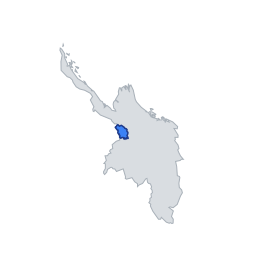 Kayah highlighted on a map of Myanmar, rotated 150°
{"feature_id": "MMR-2473", "entity_name": "Kayah", "entity_type": "State", "adm_level": 1, "iso_a3": "MMR", "parent_name": "Myanmar", "parent_adm1": "", "projection": "robinson", "projection_center": [97.388, 19.239], "detail": "fine", "context": "in_parent", "style": "filled", "palette": "blue", "viewbox_px": 256, "rotation_deg": 150, "n_neighbors": 0, "source": "natural_earth", "source_scale": "10m", "svg_char_len": 5552}
<svg xmlns="http://www.w3.org/2000/svg" viewBox="0 0 256 256"><g transform="rotate(150 128 128)"><path d="M161.8,115.4L159.5,114.2L157.8,115.3L155.3,114.8L155.5,117.2L154.1,118.0L151.5,117.8L150.0,121.5L144.7,122.4L141.2,121.7L139.3,125.0L139.1,128.7L138.2,131.0L138.6,134.8L136.3,135.8L134.9,135.6L135.7,137.4L137.5,138.2L138.5,142.2L138.2,143.7L145.4,153.0L147.6,160.2L149.3,159.2L149.8,160.0L149.1,161.9L146.9,163.4L146.6,171.1L143.0,172.9L143.1,175.5L143.5,177.3L146.7,182.4L150.3,185.9L152.3,189.6L152.7,195.1L152.2,197.4L153.1,200.6L155.0,202.8L157.1,211.4L152.9,219.0L148.6,224.0L148.1,229.3L146.7,231.1L146.0,229.4L145.7,223.9L147.8,220.4L148.4,213.6L149.8,212.1L149.1,211.5L147.4,211.9L148.0,206.4L147.0,206.2L147.8,205.0L146.8,195.9L143.5,189.5L143.1,186.7L142.6,190.4L142.2,189.7L142.1,184.6L140.2,179.1L140.4,178.6L141.3,179.1L140.5,177.9L139.8,178.1L139.2,176.8L138.2,165.3L137.0,163.7L137.5,158.8L138.4,157.5L134.9,158.1L133.3,153.9L133.2,151.6L129.8,148.2L130.4,149.3L129.8,150.4L130.4,152.3L129.0,156.0L127.6,157.6L125.7,158.3L124.2,157.2L123.9,155.3L123.3,155.3L124.6,158.9L119.1,162.0L118.3,164.2L115.4,167.1L114.6,166.7L115.0,162.9L113.3,165.9L111.0,166.0L110.6,161.9L109.6,164.3L108.3,165.0L108.7,158.2L108.3,160.2L106.1,162.9L104.0,163.8L104.5,158.1L107.4,149.2L107.6,146.3L106.1,139.2L103.6,133.2L104.3,133.1L102.6,131.4L102.4,126.9L101.4,128.5L101.2,131.3L99.1,129.9L97.0,126.0L97.8,125.7L100.2,127.5L101.6,126.5L101.9,125.2L98.2,121.4L99.1,119.9L97.9,119.9L94.7,118.1L93.8,118.5L94.2,120.1L93.5,120.5L92.2,118.1L93.2,116.9L92.4,116.8L92.9,114.7L92.6,114.4L91.1,117.2L90.2,116.5L91.2,115.1L90.8,114.3L89.4,112.6L89.5,115.6L86.2,110.9L84.3,104.4L85.8,102.7L88.4,104.6L88.2,96.7L89.4,94.9L92.0,96.4L92.8,94.3L93.9,93.8L93.2,88.3L94.1,84.8L95.9,84.2L96.3,81.3L96.5,77.5L95.7,73.2L97.3,74.2L99.2,73.8L103.5,75.3L105.1,70.3L109.1,62.1L107.7,60.2L107.9,59.1L111.5,54.8L113.3,50.9L112.5,47.5L113.3,44.7L116.5,42.9L123.6,37.2L128.8,36.4L130.9,38.6L132.3,38.8L130.2,33.5L134.6,29.6L134.4,26.4L136.5,23.1L137.7,23.3L138.7,24.9L139.9,24.9L141.9,27.3L143.8,34.0L145.3,32.7L147.2,33.7L148.1,43.5L147.6,49.3L146.4,50.6L147.3,52.9L145.5,53.8L144.2,56.1L142.4,56.2L141.1,59.4L139.2,59.8L138.2,62.3L138.5,64.1L137.0,65.2L136.5,68.4L137.8,69.6L138.2,71.3L136.8,74.9L138.0,75.1L143.1,72.7L146.7,73.1L149.1,72.5L147.6,75.0L149.1,78.1L149.4,83.0L154.8,84.4L155.6,85.6L154.5,87.1L152.6,95.0L159.7,96.1L159.9,99.1L161.4,100.2L161.6,101.9L162.6,102.5L166.4,102.4L168.6,100.3L171.5,99.4L171.7,101.1L171.0,102.4L167.9,104.2L165.8,107.8L165.6,108.6L166.6,109.3L163.0,110.7L161.8,115.4ZM99.2,123.9L101.4,125.4L101.0,126.4L99.6,126.5L98.5,124.6L99.2,123.9ZM144.2,201.3L145.6,203.6L144.2,205.2L144.2,201.3ZM98.9,133.7L97.7,132.9L96.9,131.7L99.4,131.7L98.9,133.7ZM146.3,211.2L146.3,214.2L145.4,213.8L144.8,211.3L146.3,211.2ZM107.3,163.7L105.8,165.7L105.6,164.0L107.7,161.6L107.3,163.7ZM136.9,161.1L136.0,160.5L135.9,158.8L136.6,158.3L137.1,159.1L136.9,161.1ZM143.3,214.8L143.1,213.8L144.1,211.4L143.9,213.5L143.3,214.8ZM142.8,220.4L144.0,222.7L143.8,223.2L142.7,221.4L141.9,221.5L142.8,220.4ZM147.1,209.5L145.8,210.1L145.7,208.0L147.1,209.5ZM144.0,230.9L142.3,232.9L142.5,231.8L144.0,230.9ZM91.8,118.4L92.4,120.9L91.4,118.0L91.8,118.4ZM144.2,196.6L144.2,198.4L143.7,195.4L144.2,196.6ZM97.0,120.1L97.2,121.7L96.2,119.5L97.0,120.1ZM142.5,207.3L141.5,206.4L141.8,205.7L142.3,205.8L142.5,207.3ZM141.8,204.6L141.1,205.8L140.5,205.1L141.0,204.5L141.8,204.6ZM141.9,212.0L141.9,213.1L141.2,210.5L141.9,212.0ZM109.7,166.0L109.0,165.9L109.9,164.7L110.0,165.2L109.7,166.0ZM146.5,220.7L145.8,220.5L146.3,219.2L146.5,220.7Z" fill="#d9dde1" stroke="#a8b0b8" stroke-width="1"/><path d="M139.8,123.8L139.6,123.8L139.5,124.1L139.5,124.4L139.5,124.5L139.5,124.8L139.4,124.9L139.1,125.2L138.8,125.7L138.8,125.8L138.9,126.0L138.9,126.4L139.1,126.6L139.2,126.8L139.1,127.0L138.9,127.0L138.7,127.2L138.8,127.3L139.1,127.5L139.2,127.8L139.2,128.0L139.2,128.9L139.1,129.1L139.0,129.3L138.4,129.8L138.3,130.0L138.2,130.4L138.2,130.6L137.8,130.9L137.7,131.0L138.0,131.4L138.2,131.6L138.3,131.7L138.3,131.8L138.3,132.1L138.4,132.7L138.5,132.9L138.5,133.1L138.5,133.5L138.6,134.0L138.7,134.4L138.6,134.9L138.6,135.0L138.0,135.2L137.5,135.1L137.3,135.2L136.6,135.7L136.3,135.9L135.8,135.9L135.6,135.9L135.3,135.9L135.3,135.7L135.1,135.3L134.9,135.3L134.8,134.9L134.7,134.4L134.5,134.2L134.5,133.9L134.4,133.8L134.2,133.8L133.4,133.8L133.0,133.7L132.7,133.7L132.4,133.6L131.8,132.4L131.8,132.1L131.6,131.8L131.5,131.7L131.4,131.6L131.4,131.4L131.4,131.2L131.2,131.0L131.1,130.8L131.0,130.7L130.9,130.3L130.9,130.1L130.9,129.8L130.8,129.6L130.9,129.4L130.7,129.2L130.6,128.9L130.4,128.6L130.2,128.5L130.2,128.4L129.9,128.2L129.9,127.9L129.8,127.7L129.7,127.4L129.7,126.9L130.0,126.7L130.3,126.2L130.6,125.6L130.6,125.3L130.5,125.1L130.3,124.8L130.3,124.7L130.3,124.4L130.4,124.0L130.7,123.6L131.0,123.2L131.5,122.7L132.6,122.0L132.7,121.6L132.7,120.4L132.8,120.3L132.9,119.6L132.9,119.3L132.9,119.1L133.1,119.0L133.4,119.2L133.5,119.2L133.5,119.3L133.6,119.5L133.6,119.8L133.6,120.0L133.8,120.1L134.0,120.2L134.4,120.1L134.5,120.1L134.7,119.9L134.7,119.7L134.9,119.5L135.1,119.5L135.6,120.3L135.8,120.3L136.0,120.3L136.0,120.2L136.3,120.0L136.5,120.5L136.8,120.8L137.0,120.8L137.0,121.0L136.8,121.5L136.8,121.8L136.7,121.8L136.8,121.9L136.8,122.0L137.0,122.1L137.2,122.4L137.3,122.5L137.6,122.6L138.4,122.8L138.5,122.8L138.6,122.7L138.8,122.7L139.1,122.8L139.3,122.9L139.5,122.9L139.6,123.0L139.7,123.3L139.8,123.8L139.8,123.8Z" fill="#3b82f6" stroke="#1e3a8a" stroke-width="1.5"/></g></svg>